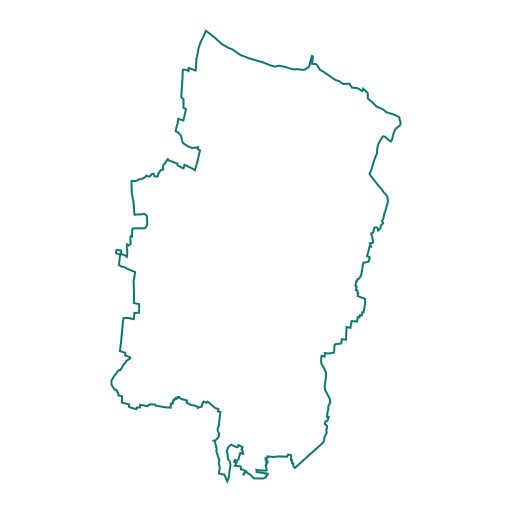 the district of Kota Pekalongan, Jawa Tengah, Indonesia
{"feature_id": "22746128B98453198956040", "entity_name": "Kota Pekalongan", "entity_type": "district", "adm_level": 2, "iso_a3": "IDN", "parent_name": "Indonesia", "parent_adm1": "Jawa Tengah", "projection": "equal_earth", "projection_center": [109.672, -6.894], "detail": "fine", "context": "isolated", "style": "outline", "palette": "teal", "viewbox_px": 512, "rotation_deg": 0, "n_neighbors": 0, "source": "geoboundaries", "source_scale": "gbopen_adm2", "svg_char_len": 6047}
<svg xmlns="http://www.w3.org/2000/svg" viewBox="0 0 512 512"><path d="M399.2,117.2L395.0,115.0L386.4,112.2L382.4,109.0L376.7,106.7L373.1,103.0L367.8,98.4L367.8,93.3L363.3,88.6L362.3,91.1L359.2,89.1L356.7,88.0L352.0,87.7L349.4,83.7L343.0,83.9L338.8,81.0L335.6,80.1L322.9,71.4L320.3,70.1L316.4,64.2L312.1,63.8L312.9,56.4L312.0,56.0L310.3,61.3L309.8,64.2L309.0,66.8L304.8,69.6L303.0,69.9L298.0,69.2L293.2,69.4L284.1,66.7L278.6,65.7L275.4,66.6L271.2,65.7L262.5,62.2L249.9,58.6L240.6,55.1L231.7,49.0L228.8,48.1L221.5,43.8L215.3,38.1L205.9,30.7L203.9,35.6L200.9,41.3L198.6,48.1L197.0,56.6L196.3,58.5L196.4,60.1L196.1,65.3L195.6,70.5L188.7,67.9L188.4,71.0L187.6,70.4L184.1,69.5L183.4,69.5L183.0,69.8L182.8,70.3L182.5,77.6L181.3,97.0L181.5,97.7L183.4,99.0L183.7,99.6L183.2,101.5L183.6,102.4L183.4,107.8L186.0,109.1L183.4,120.5L178.2,118.9L177.6,123.4L176.6,126.6L175.7,131.4L178.4,132.7L180.6,135.3L181.3,136.7L182.1,140.8L182.6,142.2L183.4,143.3L187.4,146.1L191.1,147.7L192.9,148.0L198.1,147.2L197.7,149.0L200.0,150.3L197.3,162.1L194.9,170.2L192.6,168.7L184.5,164.8L183.5,168.3L182.5,168.1L177.6,165.4L177.4,163.6L168.9,160.4L167.8,159.1L162.9,166.0L163.3,169.4L160.6,170.2L159.7,171.4L159.5,172.2L158.3,173.6L158.2,175.4L157.9,176.0L156.6,176.7L155.9,176.3L154.5,176.2L154.1,175.5L153.8,173.8L153.3,173.7L151.5,174.3L150.9,175.0L150.9,175.4L149.5,176.6L148.8,176.6L146.3,175.6L144.8,177.3L142.2,178.8L138.3,179.6L137.1,180.5L135.3,181.0L131.7,180.8L131.5,182.0L131.8,193.5L133.4,201.3L134.2,210.8L134.2,212.0L134.6,214.8L138.5,214.3L140.9,214.5L143.9,213.7L144.9,214.1L145.7,215.0L146.7,215.8L147.1,218.3L147.2,224.1L146.3,226.6L145.5,227.7L144.4,228.3L133.0,228.3L132.2,230.1L132.0,235.2L132.2,236.5L130.6,236.2L130.4,237.8L130.3,239.9L130.6,240.8L130.5,241.9L130.8,243.1L130.2,244.5L128.7,245.5L128.4,245.0L126.9,244.4L126.8,248.0L127.1,249.4L127.3,253.0L126.9,256.8L125.1,255.5L123.7,254.8L121.0,254.3L121.2,250.5L116.6,250.0L116.1,251.7L116.1,253.4L120.1,254.2L119.0,265.1L121.5,266.6L122.9,266.7L125.3,267.6L126.8,268.5L135.2,272.1L133.6,281.2L134.0,293.8L133.8,303.0L139.2,304.2L139.0,312.7L134.3,312.9L134.3,315.6L134.0,316.5L133.8,319.2L130.7,318.6L130.7,318.2L125.0,317.8L123.7,318.0L122.9,321.9L121.1,341.8L119.9,351.1L124.8,352.7L125.4,353.1L125.1,355.5L130.1,357.2L130.3,357.9L129.2,359.0L126.7,360.7L125.2,363.1L124.0,363.9L120.5,369.9L118.5,370.4L113.5,377.1L111.5,380.6L111.4,382.7L111.7,385.1L114.4,389.3L116.4,390.1L116.5,390.4L117.1,390.8L116.9,391.4L118.3,393.5L118.4,395.5L122.0,396.1L121.9,402.5L129.1,404.5L128.8,406.8L131.2,407.8L136.4,409.2L136.7,407.7L137.1,407.4L137.9,407.6L139.9,407.4L140.2,404.8L147.6,406.2L149.0,404.7L151.1,404.3L155.0,404.5L155.6,405.6L166.5,407.5L168.6,407.4L170.7,407.7L170.8,403.5L172.6,403.7L173.4,399.9L174.5,400.1L174.7,398.9L175.9,399.0L175.9,398.1L177.2,398.3L177.6,397.0L179.1,397.1L179.1,397.6L182.6,399.5L183.9,399.6L187.0,400.5L186.4,402.5L189.6,404.2L192.0,405.2L193.1,405.3L196.9,406.3L198.0,408.0L198.9,407.2L200.3,407.0L201.8,406.6L202.4,403.6L202.6,403.7L203.6,401.5L206.4,402.8L207.5,401.7L208.8,402.4L211.9,405.3L214.7,407.6L216.2,408.4L218.3,408.9L218.0,411.3L220.4,412.0L219.7,417.7L219.4,419.6L219.3,421.8L218.8,424.9L219.0,425.0L218.1,427.6L217.6,429.3L217.7,430.7L218.1,431.8L219.2,433.6L219.1,434.6L218.6,436.9L216.5,439.5L214.6,440.6L212.3,440.7L214.7,440.6L216.8,449.5L216.2,450.9L219.4,460.4L219.0,462.0L218.8,464.3L219.5,465.6L219.7,467.6L219.0,473.5L224.5,474.7L227.2,481.3L228.9,477.2L229.4,472.0L230.5,465.0L229.9,461.6L227.9,458.8L227.4,453.2L226.7,450.9L228.6,446.7L231.2,444.7L236.3,447.1L237.7,447.1L238.4,445.1L242.5,447.1L241.5,449.6L242.3,450.0L243.1,453.8L240.3,452.9L238.4,459.4L237.4,460.6L234.8,460.0L234.3,462.1L236.5,462.6L234.9,465.7L240.9,466.5L240.9,469.4L242.6,469.6L245.2,470.9L245.0,471.6L242.9,475.3L246.2,471.4L247.3,472.9L250.3,474.7L253.9,478.4L263.2,478.5L265.9,477.3L266.9,474.7L267.8,474.6L267.7,473.6L256.7,472.1L256.4,469.9L263.5,470.6L266.5,470.5L266.5,468.3L265.6,465.3L266.6,464.6L266.3,462.6L267.5,462.5L267.6,461.4L266.5,461.2L266.6,460.0L265.6,459.9L265.6,458.0L267.4,457.9L267.4,456.4L273.3,457.0L278.2,456.4L287.1,456.7L288.2,454.5L291.1,455.2L291.0,460.1L292.1,460.2L292.1,463.3L293.2,463.3L293.5,466.5L294.8,467.9L295.4,467.9L296.1,466.8L323.0,442.7L324.1,440.7L324.4,437.3L326.7,432.7L326.2,429.9L327.1,428.2L326.9,425.7L324.7,423.8L325.5,421.4L327.3,421.0L328.7,417.1L327.0,416.8L327.4,412.7L328.4,409.1L328.2,407.3L329.0,404.6L330.2,402.7L330.3,402.3L329.8,401.6L330.1,400.9L330.0,399.7L329.7,398.8L327.0,393.4L325.0,389.9L324.7,385.6L325.5,381.3L326.1,375.1L325.8,372.2L324.4,368.9L321.4,363.8L321.1,360.6L321.5,355.9L324.7,356.6L324.8,353.0L328.1,353.5L331.0,353.2L334.1,352.6L334.4,346.8L334.6,344.9L335.5,344.2L341.2,343.5L341.8,339.2L344.8,339.7L346.0,339.7L346.6,327.0L350.4,327.9L351.6,321.1L357.1,321.5L357.7,317.1L359.4,317.3L359.6,315.8L360.2,315.8L360.3,315.0L361.9,315.2L362.4,312.1L363.6,312.2L365.2,303.5L365.1,298.9L357.7,296.1L358.2,293.5L357.5,293.2L357.5,290.5L355.9,290.1L356.6,286.5L355.5,286.0L355.6,284.6L356.2,281.5L356.7,281.6L357.5,279.1L358.2,279.2L360.2,277.2L361.7,272.9L361.6,271.9L361.7,271.5L362.0,271.3L362.7,265.6L363.3,262.8L368.3,261.8L369.6,258.5L369.7,257.3L367.0,256.1L369.0,249.2L369.6,246.3L370.9,246.6L370.3,244.0L369.9,243.4L372.2,242.9L373.2,242.2L372.8,239.6L371.6,235.1L371.3,233.4L372.3,233.4L372.8,233.0L373.5,231.6L374.0,228.2L374.3,227.7L376.1,227.4L377.4,227.7L377.7,228.3L378.0,230.5L379.7,229.4L380.5,228.3L380.8,225.6L382.9,223.6L383.2,222.9L382.0,221.1L382.1,220.6L383.4,218.6L384.3,213.3L384.9,212.6L388.0,201.5L387.4,196.9L387.0,195.8L383.8,192.4L381.6,189.2L378.4,185.5L375.7,182.0L370.6,175.8L369.6,173.9L371.9,168.3L372.8,164.7L374.9,158.2L376.2,155.0L377.0,153.7L377.1,149.7L377.6,146.9L378.2,144.5L379.7,141.5L382.2,137.3L383.1,136.4L383.8,136.4L385.4,137.0L389.1,140.4L390.9,141.5L391.8,139.9L392.3,138.6L393.8,132.6L394.5,130.8L395.1,129.7L396.3,128.2L399.4,125.9L400.3,124.7L400.6,122.3L399.9,120.3L399.2,117.2Z" fill="none" stroke="#0f766e" stroke-width="2"/></svg>